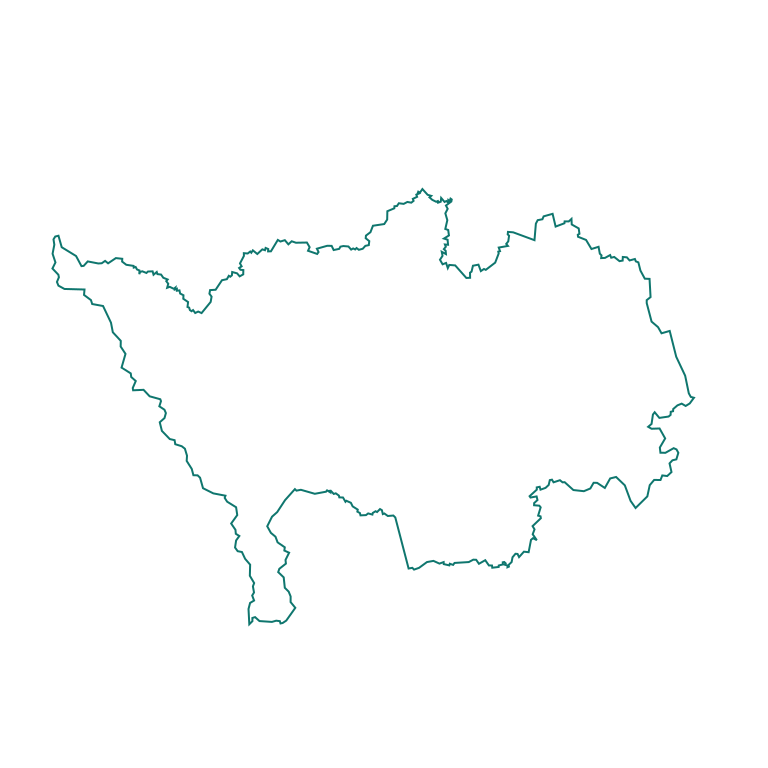 the district of Huai Yot, Trang, Thailand, rotated 168°
{"feature_id": "78962969B54488452023810", "entity_name": "Huai Yot", "entity_type": "district", "adm_level": 2, "iso_a3": "THA", "parent_name": "Thailand", "parent_adm1": "Trang", "projection": "albers", "projection_center": [99.605, 7.79], "detail": "fine", "context": "isolated", "style": "outline", "palette": "teal", "viewbox_px": 768, "rotation_deg": 168, "n_neighbors": 0, "source": "geoboundaries", "source_scale": "gbopen_adm2", "svg_char_len": 6145}
<svg xmlns="http://www.w3.org/2000/svg" viewBox="0 0 768 768"><g transform="rotate(168 384 384)"><path d="M110.4,255.5L111.5,259.2L114.0,261.0L123.0,258.2L127.9,259.3L127.4,264.5L120.3,272.3L123.7,283.2L131.6,284.6L134.5,287.2L130.6,289.3L127.3,298.2L125.1,300.1L121.7,293.6L112.4,293.0L110.1,294.2L109.3,297.2L106.9,297.3L106.3,299.4L101.4,302.1L96.9,302.9L93.5,299.8L89.0,301.4L83.7,306.1L86.6,307.6L87.8,311.5L87.7,329.5L92.5,349.9L93.5,376.5L102.0,375.9L104.1,382.6L109.3,389.4L110.2,408.5L109.6,411.4L105.2,413.6L102.4,431.6L107.0,432.8L109.6,441.7L109.9,450.1L112.2,451.6L112.6,454.1L118.1,453.8L120.1,457.4L124.0,458.6L124.9,455.1L128.1,455.2L132.4,460.4L135.5,460.3L136.0,463.1L141.6,461.4L145.4,462.0L144.5,464.6L145.8,466.6L145.6,473.6L153.0,472.9L156.4,482.9L163.6,487.7L163.4,489.7L161.6,490.3L161.2,495.7L167.2,501.0L166.3,506.5L169.5,504.6L173.5,505.5L174.1,503.7L183.4,502.3L183.7,515.4L193.0,514.8L194.8,512.2L199.6,512.3L202.1,509.3L206.9,493.4L226.1,505.5L231.1,507.0L231.9,504.6L230.8,503.1L232.8,497.7L235.3,495.6L234.1,493.3L243.4,493.6L242.9,489.8L244.7,489.7L244.7,487.8L250.0,479.6L260.7,474.5L262.3,475.7L265.8,474.3L266.8,481.1L272.4,481.2L275.0,475.7L276.7,475.0L277.7,470.0L281.4,470.6L289.7,485.2L295.4,486.9L297.5,484.1L298.1,489.5L301.8,488.9L303.4,493.9L300.1,497.2L300.0,501.3L296.4,498.2L296.0,501.5L297.4,503.5L295.0,505.4L295.4,507.8L292.4,506.9L291.8,511.9L295.1,513.8L289.6,515.8L289.2,521.3L291.8,522.9L288.0,531.1L288.5,538.2L285.3,542.1L286.3,545.7L280.2,548.5L279.4,550.4L280.4,551.5L281.8,549.2L282.9,550.6L283.7,548.4L285.0,550.0L286.9,549.5L289.4,554.1L290.6,550.5L294.4,550.0L292.8,550.7L293.2,551.8L295.1,551.4L298.5,554.1L300.7,557.1L298.7,558.2L302.0,560.0L305.9,566.7L309.1,563.7L310.5,565.0L311.4,563.6L310.5,563.0L313.0,562.5L312.7,560.2L317.3,559.1L317.0,557.0L319.6,555.7L323.3,557.2L327.3,556.1L331.9,557.7L334.3,555.4L336.8,555.7L337.4,553.7L344.8,552.3L346.7,544.2L350.5,540.4L361.9,541.1L365.7,535.3L370.8,532.9L371.6,530.4L368.7,526.8L370.0,523.0L373.5,523.0L376.7,520.7L380.7,520.5L382.6,522.7L384.2,521.6L386.0,523.0L388.2,522.3L390.2,525.9L395.1,527.4L398.1,527.4L399.7,525.5L405.4,525.5L406.5,530.0L410.8,531.0L421.5,530.3L420.6,526.7L422.3,525.1L430.6,530.1L428.3,533.3L430.0,538.4L440.8,540.5L444.6,542.8L448.5,540.5L451.1,545.3L455.7,544.9L457.9,547.0L467.0,537.3L469.8,537.8L469.2,540.1L471.5,541.7L472.6,539.6L475.0,541.0L480.9,537.5L484.5,542.0L486.5,540.0L487.3,541.4L490.2,540.0L493.9,541.1L494.4,538.4L499.8,531.9L498.8,528.7L501.6,527.6L500.7,525.6L497.9,524.7L498.9,520.5L502.8,519.3L504.7,522.8L509.2,525.1L510.2,521.9L512.1,520.9L513.3,522.1L515.9,519.2L520.9,519.2L529.1,511.2L534.6,512.0L536.0,508.6L534.5,505.3L536.5,500.3L547.7,491.3L550.7,493.5L553.9,492.7L555.4,496.0L557.1,495.2L558.5,496.7L558.7,499.2L560.2,500.2L558.6,504.9L562.6,509.1L561.7,512.5L564.6,514.9L564.6,518.1L567.2,518.3L566.8,520.2L568.8,519.9L568.0,521.7L569.8,520.8L573.4,523.6L576.1,523.2L574.2,526.9L575.6,529.9L573.9,531.2L577.8,533.8L579.3,537.4L582.8,538.6L583.0,540.8L586.7,538.8L586.9,542.3L591.5,543.1L593.3,542.0L597.0,544.5L599.3,544.3L600.5,542.3L599.6,545.9L601.8,547.4L602.6,550.1L604.6,549.9L604.4,551.6L611.3,554.2L614.7,558.2L614.0,560.9L620.1,562.9L628.8,559.4L631.2,562.4L635.0,560.8L638.4,561.3L648.3,565.5L653.2,562.0L655.4,562.2L658.6,573.2L670.8,584.8L671.6,596.7L674.9,596.6L677.2,594.2L677.5,588.8L681.1,580.3L680.1,571.2L684.3,565.9L679.8,558.6L679.8,556.0L682.7,551.8L682.0,547.9L676.8,543.4L657.3,538.7L658.9,533.5L653.2,527.0L652.8,522.9L642.6,518.7L638.3,500.7L638.5,491.0L632.5,480.9L633.8,475.4L630.6,467.2L637.3,454.6L629.5,447.0L629.8,443.4L626.2,438.5L630.6,432.3L630.7,430.0L620.4,428.3L615.8,420.7L606.0,415.6L605.7,413.6L608.4,408.9L604.1,404.5L603.4,400.9L605.8,396.3L611.3,393.2L611.0,384.3L605.0,374.7L600.5,372.6L600.7,368.5L594.8,365.2L592.2,362.1L591.6,354.8L593.0,349.8L589.7,340.9L589.4,334.4L585.3,333.4L583.4,330.6L582.7,319.7L573.7,312.5L562.3,307.7L563.5,305.7L561.9,301.5L554.3,294.2L554.8,286.3L562.5,279.3L559.6,272.2L560.1,268.3L557.1,265.4L561.2,261.7L563.7,255.0L561.9,250.9L557.9,249.2L556.2,241.9L552.5,235.1L555.1,224.3L552.4,216.3L554.3,213.3L554.5,207.1L556.9,204.5L556.1,199.2L560.5,197.7L563.3,192.1L565.7,177.0L562.0,179.4L561.4,182.5L558.6,182.8L555.1,178.0L543.1,174.6L538.7,174.9L535.2,173.7L535.0,171.3L532.8,171.3L528.8,172.9L517.3,183.5L520.7,190.1L519.5,195.6L520.4,200.7L523.4,205.3L522.3,215.7L526.6,222.0L524.8,225.0L517.3,228.7L516.9,232.4L511.9,238.7L516.1,241.8L515.0,244.9L521.0,251.2L521.9,257.2L525.6,261.9L527.8,269.1L521.1,277.5L515.1,280.9L504.9,291.0L493.0,299.7L491.8,297.9L487.3,297.8L474.5,291.0L463.1,290.7L461.8,291.8L459.4,289.5L459.5,290.8L458.3,290.7L456.0,286.9L453.9,287.1L451.3,284.2L451.3,282.4L447.7,281.5L446.2,276.8L445.1,277.6L441.1,274.7L440.1,270.8L435.8,266.6L436.6,264.7L434.4,262.8L434.3,260.4L428.9,259.5L426.4,260.7L422.5,258.7L421.8,260.2L418.7,261.3L417.4,260.2L413.9,262.5L412.3,261.0L412.2,257.0L410.6,257.3L407.7,254.1L402.2,253.4L400.7,251.1L398.3,198.4L394.5,198.3L393.2,196.2L387.9,196.9L379.0,200.9L372.4,200.7L367.1,196.8L362.7,197.4L363.0,195.4L357.8,193.0L357.0,194.5L354.0,192.7L352.2,194.3L338.1,192.2L333.2,193.6L330.4,192.9L328.5,188.4L321.6,190.6L319.1,184.7L316.1,184.0L316.3,181.8L309.9,181.2L309.5,182.6L305.2,182.8L304.9,184.9L303.4,184.9L302.3,183.3L303.6,182.2L300.8,180.7L301.3,179.1L299.8,179.4L299.8,181.1L296.2,183.3L294.3,187.8L290.7,190.6L288.7,190.0L287.9,186.6L282.0,190.9L277.5,189.4L272.6,201.0L270.3,202.2L267.0,199.5L269.8,206.1L267.0,210.5L268.2,214.1L258.5,220.1L258.4,222.0L260.6,223.2L256.4,230.8L257.4,232.7L262.4,234.2L261.9,236.3L258.0,238.6L258.1,242.3L264.3,242.5L264.9,244.0L256.5,248.9L256.1,251.1L253.1,251.1L252.9,248.1L247.6,248.8L243.9,251.0L241.8,255.5L239.6,255.5L238.6,252.6L231.9,253.3L229.8,250.7L227.7,250.4L220.8,240.9L210.8,237.6L203.9,238.9L199.5,243.8L196.1,243.0L189.6,236.4L182.4,244.6L176.3,244.8L169.5,234.8L167.1,218.4L163.7,210.4L149.8,219.3L145.1,229.8L139.7,234.0L133.5,232.6L130.8,236.7L126.1,235.1L121.1,238.1L121.2,247.0L117.7,249.4L113.7,249.5L110.4,255.5Z" fill="none" stroke="#0f766e" stroke-width="2"/></g></svg>